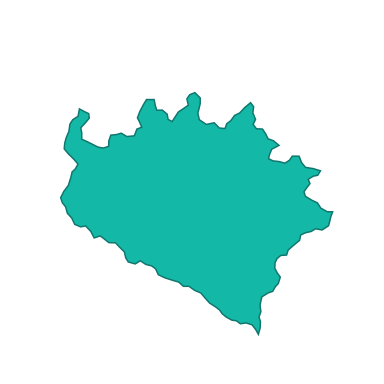 Canaã, Minas Gerais, Brazil (orthographic projection), rotated 113°
{"feature_id": "56859067B79811618313026", "entity_name": "Canaã", "entity_type": "district", "adm_level": 2, "iso_a3": "BRA", "parent_name": "Brazil", "parent_adm1": "Minas Gerais", "projection": "orthographic", "projection_center": [-42.629, -20.671], "detail": "fine", "context": "isolated", "style": "filled", "palette": "teal", "viewbox_px": 384, "rotation_deg": 113, "n_neighbors": 0, "source": "geoboundaries", "source_scale": "gbopen_adm2", "svg_char_len": 2265}
<svg xmlns="http://www.w3.org/2000/svg" viewBox="0 0 384 384"><g transform="rotate(113 192 192)"><path d="M172.0,330.0L177.2,330.9L184.4,329.0L191.5,329.0L196.9,328.2L202.2,326.5L205.0,321.1L208.0,313.6L210.8,307.9L216.4,308.4L220.4,310.2L226.0,309.2L234.2,308.4L241.4,310.2L248.5,310.7L252.5,307.2L255.1,302.5L260.2,298.5L263.0,292.5L267.6,287.3L267.6,280.9L264.8,276.7L267.8,269.8L272.5,264.1L268.3,259.4L269.4,254.8L271.1,248.7L268.7,242.5L270.8,237.8L273.6,230.8L278.5,227.3L281.3,223.3L280.4,216.2L275.5,212.7L276.7,206.3L275.8,200.1L277.0,195.4L281.3,190.7L281.6,183.5L280.9,175.5L280.1,169.0L282.2,163.1L280.0,157.9L281.5,151.2L281.5,144.5L284.6,138.3L287.4,132.3L288.5,125.6L289.9,120.4L292.3,116.6L293.8,111.3L294.4,105.3L293.2,100.9L294.4,96.0L291.4,91.1L290.8,84.8L293.6,79.8L297.1,75.3L290.7,76.1L284.6,78.3L280.9,81.5L275.3,81.8L269.8,85.0L265.5,86.0L261.2,86.7L255.4,82.7L251.9,78.9L246.8,78.3L242.5,76.8L235.8,77.5L233.3,81.8L229.8,86.0L224.7,87.9L220.1,87.7L215.7,85.5L213.1,80.3L208.0,80.8L202.2,78.1L194.5,74.1L189.0,75.1L185.0,71.4L181.8,66.9L177.6,63.9L176.1,57.4L169.7,53.1L165.5,53.7L160.9,54.5L155.3,54.8L157.3,59.9L156.5,67.1L153.0,72.3L152.7,79.0L151.6,86.0L148.1,89.0L144.0,88.2L138.2,86.7L134.9,90.0L130.0,86.5L127.5,82.8L122.3,82.0L123.1,89.7L125.0,97.1L122.2,102.5L117.2,107.4L119.8,113.7L124.7,114.7L129.1,117.7L130.0,123.9L131.7,129.6L131.4,134.6L127.0,135.3L121.4,135.3L115.1,130.1L113.0,137.1L113.3,142.8L109.8,146.8L106.5,151.7L108.6,157.4L105.9,162.1L100.3,161.9L95.4,166.9L89.4,168.6L86.9,173.0L93.8,176.5L100.6,179.0L104.9,182.7L111.2,184.2L115.6,186.7L120.7,186.4L122.4,191.9L119.6,198.6L124.2,205.2L122.6,213.5L117.2,217.4L111.9,218.2L107.3,219.0L102.2,221.2L99.4,228.2L103.3,232.1L108.3,233.1L113.5,229.3L119.4,233.0L123.6,235.8L130.2,237.0L134.9,237.8L134.5,242.4L130.1,245.2L128.2,251.3L130.5,256.4L126.8,259.5L121.7,263.0L124.7,270.0L130.3,270.8L138.2,271.5L145.1,271.2L147.9,267.8L152.0,263.6L155.6,267.3L162.8,267.0L166.4,273.6L165.5,280.1L168.6,283.9L171.4,289.0L177.6,288.5L182.5,286.6L186.2,290.8L187.4,296.1L186.9,303.2L186.6,308.6L186.5,314.1L180.6,316.6L176.4,319.5L170.4,317.3L164.1,315.4L160.2,317.8L160.0,323.0L159.5,328.1L166.9,326.5L172.0,330.0Z" fill="#14b8a6" stroke="#0f766e" stroke-width="1.5"/></g></svg>